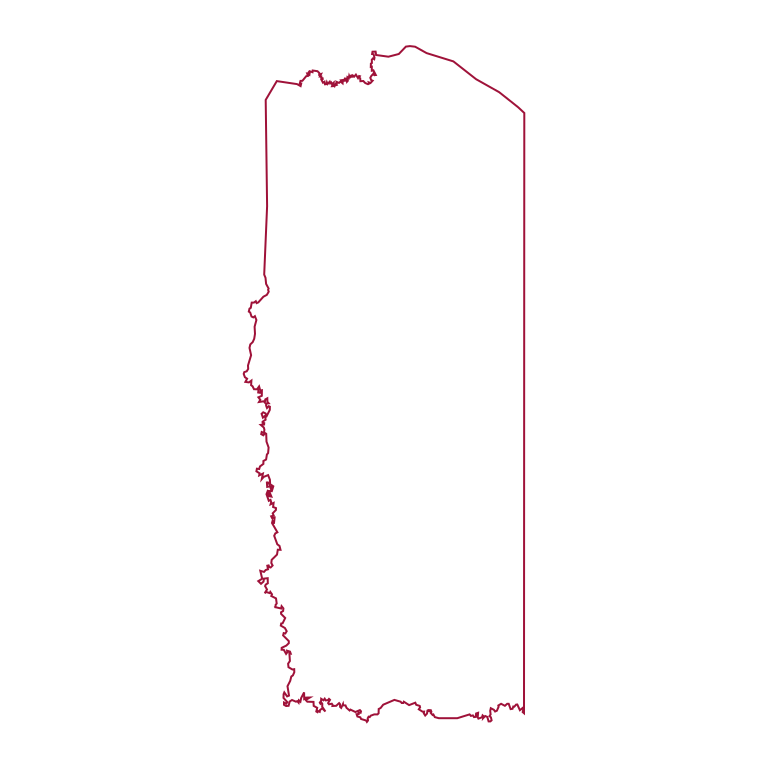 the district of Keerom, Papua, Indonesia
{"feature_id": "22746128B17774751253690", "entity_name": "Keerom", "entity_type": "district", "adm_level": 2, "iso_a3": "IDN", "parent_name": "Indonesia", "parent_adm1": "Papua", "projection": "equal_earth", "projection_center": [140.467, -3.327], "detail": "fine", "context": "isolated", "style": "outline", "palette": "rose", "viewbox_px": 768, "rotation_deg": 0, "n_neighbors": 0, "source": "geoboundaries", "source_scale": "gbopen_adm2", "svg_char_len": 5992}
<svg xmlns="http://www.w3.org/2000/svg" viewBox="0 0 768 768"><path d="M274.4,607.6L275.1,607.1L281.1,608.5L281.6,606.2L283.4,608.4L283.1,611.0L281.0,612.3L281.1,613.9L285.2,618.0L282.6,623.3L281.2,623.5L280.8,625.6L284.9,628.0L286.7,631.2L285.3,633.5L283.7,633.1L283.1,635.4L288.8,641.1L288.8,643.2L286.3,645.6L281.7,647.8L281.6,649.7L283.8,649.8L286.1,653.9L287.3,652.3L287.1,650.7L290.0,651.6L290.7,653.6L289.4,653.4L289.9,661.0L288.1,663.7L288.5,667.2L292.4,669.5L294.2,669.2L294.3,672.2L292.9,675.4L291.3,676.5L290.2,680.9L287.5,686.2L289.0,695.6L287.1,696.4L284.3,692.4L283.6,694.2L283.5,697.9L287.3,702.1L286.4,703.6L284.0,702.5L284.0,704.8L286.1,706.0L288.6,705.8L289.7,701.5L292.0,700.0L296.0,701.7L297.2,701.1L298.6,702.7L298.9,700.4L300.4,701.7L301.2,697.9L304.1,692.4L304.2,698.8L305.8,697.6L309.9,697.5L305.7,700.0L307.3,701.7L313.5,701.9L313.7,705.9L317.2,707.8L316.3,711.5L317.5,712.2L318.1,711.0L319.7,711.8L320.0,710.1L322.2,708.3L325.4,711.5L322.2,706.7L322.3,703.8L321.6,702.8L320.5,703.8L319.8,702.7L321.1,700.8L321.2,698.8L323.5,700.3L324.7,698.7L325.7,700.4L328.0,700.1L329.0,698.9L330.0,699.8L328.1,703.1L329.0,704.3L331.8,703.7L332.6,704.8L332.4,706.0L336.2,705.8L339.1,703.1L340.0,704.1L340.1,706.9L341.2,707.9L343.0,704.0L343.2,705.4L345.5,705.4L346.5,707.8L349.6,710.5L350.4,709.6L355.4,712.0L359.9,710.1L361.0,711.3L360.6,712.8L358.5,712.6L358.6,714.1L356.6,714.2L357.4,716.5L360.3,717.3L361.1,719.0L366.1,720.5L366.9,721.9L368.0,720.5L367.7,718.3L368.6,716.7L369.7,717.1L370.7,715.7L374.2,714.4L377.5,714.4L378.6,713.3L378.7,709.0L380.6,708.0L383.2,704.7L394.4,699.9L400.6,701.7L401.7,703.0L403.2,703.0L403.8,701.7L409.1,705.1L415.3,702.7L416.2,704.8L419.7,705.9L420.1,707.3L418.8,709.3L422.6,711.7L424.1,711.6L423.8,713.3L425.2,715.5L427.0,713.6L427.4,710.9L429.3,711.2L428.8,710.1L430.8,710.2L431.4,711.8L430.8,713.0L432.6,715.0L433.4,714.5L434.8,717.1L438.8,718.2L457.3,718.2L469.6,714.4L470.9,715.9L472.9,715.4L474.0,717.1L475.7,716.9L476.1,713.5L478.1,712.8L477.7,717.2L478.4,718.6L482.0,717.3L482.6,715.4L483.5,716.2L483.2,718.1L485.2,716.0L487.3,716.9L488.6,721.4L490.4,721.4L491.6,720.3L490.9,717.3L489.5,716.1L490.6,714.4L490.2,710.9L490.8,708.2L493.9,709.8L495.1,711.5L496.9,710.7L498.6,706.8L498.3,705.5L501.1,703.8L504.9,705.8L507.2,703.8L508.7,703.8L510.6,709.1L512.5,708.8L513.3,706.5L514.3,706.7L516.1,704.6L517.3,704.5L519.9,710.2L522.6,708.0L523.3,709.6L522.7,712.1L524.0,713.2L524.3,113.0L518.2,107.3L499.2,92.2L476.1,79.2L453.4,61.4L426.6,53.1L415.1,46.7L409.9,46.1L405.9,46.6L398.8,54.0L388.4,56.7L376.1,55.0L375.6,51.6L372.5,51.7L372.1,54.0L373.6,54.2L374.5,57.8L374.2,59.2L373.0,58.4L371.8,59.7L371.9,63.0L370.9,63.6L370.8,66.9L371.8,66.7L371.8,70.7L373.4,70.3L375.8,75.0L374.5,75.1L373.8,73.9L373.8,74.8L372.8,74.3L371.2,76.1L370.3,77.8L371.2,80.1L372.6,80.7L370.5,83.0L368.8,82.4L369.2,83.6L368.0,84.2L365.2,83.0L363.3,81.0L360.4,81.2L360.2,78.3L359.0,77.4L359.8,76.2L359.1,76.0L358.0,78.1L355.9,74.6L354.2,76.6L353.0,75.6L352.5,77.5L352.1,74.7L351.5,76.3L350.9,75.7L349.8,76.5L350.9,77.6L349.8,77.2L349.2,75.8L348.8,78.1L347.4,77.1L347.1,79.2L348.5,79.4L347.5,79.7L347.8,80.8L347.0,81.7L346.8,80.3L345.9,80.3L345.9,78.7L344.9,78.5L344.4,79.8L342.2,80.1L343.5,80.8L341.9,80.9L342.7,81.7L342.6,83.3L340.5,81.5L339.0,82.9L336.6,81.9L336.9,83.2L336.2,83.9L336.8,84.9L335.8,85.2L335.2,84.2L334.6,85.9L333.6,84.3L333.3,86.1L332.0,86.2L333.2,83.0L331.9,84.0L331.1,82.4L330.2,83.3L329.7,81.7L327.6,84.0L326.9,82.4L326.5,84.1L325.0,84.3L324.5,81.7L323.0,82.7L321.4,79.7L322.7,79.1L322.6,78.2L321.2,77.9L321.3,76.5L319.9,76.5L321.1,74.0L319.2,74.6L319.3,73.0L317.5,71.2L312.7,70.5L312.5,72.2L309.5,71.2L308.6,72.4L309.7,72.9L309.4,74.9L307.3,73.9L307.9,75.9L306.2,76.2L302.4,80.8L300.5,80.9L299.8,83.4L301.2,83.5L300.6,86.1L297.0,84.1L276.8,81.1L265.7,99.9L267.1,206.2L264.2,274.6L265.5,277.8L266.1,283.9L268.6,288.5L268.1,289.8L268.7,291.7L266.8,294.9L263.4,296.7L258.3,302.4L256.6,303.1L255.8,301.2L253.9,302.6L251.7,302.6L250.8,307.8L249.5,308.6L248.8,311.6L250.2,312.5L251.5,316.5L253.3,317.4L254.9,316.2L256.4,320.0L254.6,326.7L255.0,333.8L254.2,338.8L252.7,342.1L250.3,344.4L249.5,347.9L251.1,355.2L248.0,365.5L248.2,368.9L246.7,371.3L244.3,372.1L243.7,373.9L244.9,377.2L247.1,378.7L245.4,381.9L248.9,382.4L251.4,380.6L251.1,385.2L252.6,386.3L254.0,389.2L257.0,389.3L259.1,386.4L259.9,389.2L258.5,390.1L258.2,392.5L260.0,392.8L261.0,390.4L261.9,390.2L261.8,395.8L258.4,397.3L260.3,399.8L259.0,402.0L263.7,401.3L264.8,402.5L265.3,399.4L267.3,398.3L267.4,401.8L268.7,403.3L266.2,403.6L266.1,405.6L267.0,408.0L268.7,406.2L269.9,406.7L269.8,409.9L266.8,415.8L265.5,413.4L263.2,412.3L261.6,413.8L262.9,417.6L265.1,415.7L265.6,419.7L262.6,421.7L262.6,422.7L264.2,423.1L264.1,424.5L260.8,424.9L263.8,427.5L264.4,429.5L264.0,433.0L261.7,432.0L261.2,434.1L263.3,435.3L265.1,433.1L266.2,433.8L266.5,441.6L268.6,447.5L268.1,453.1L266.9,454.5L266.1,459.5L263.4,461.0L263.4,463.9L260.0,466.4L259.2,469.0L256.9,468.7L256.4,471.3L259.6,473.3L259.2,475.4L262.9,473.6L261.8,479.1L263.7,476.9L268.1,475.1L269.9,479.7L270.1,483.6L269.5,484.4L267.9,482.4L266.9,482.5L267.2,486.9L270.0,486.3L271.3,490.0L272.0,489.2L271.5,485.1L273.3,486.3L271.8,491.2L269.1,491.0L271.4,496.6L269.2,496.2L267.4,491.8L266.5,494.2L268.8,500.8L270.5,499.9L271.2,502.1L270.6,504.3L273.6,502.9L273.1,507.0L276.0,508.1L275.9,510.0L272.7,513.3L273.7,515.6L271.2,516.3L272.1,518.1L274.6,517.6L274.0,523.0L273.2,523.2L272.5,521.1L272.0,523.0L277.4,532.3L275.3,533.4L274.2,535.8L277.3,544.3L279.5,545.9L280.5,549.8L277.8,549.7L277.0,554.6L271.7,559.8L271.3,563.0L272.6,565.5L270.6,567.5L269.4,567.2L268.6,565.4L267.3,565.7L268.0,569.3L265.7,570.0L264.0,571.9L260.3,570.8L262.2,578.7L258.3,581.1L261.0,583.8L263.5,581.6L264.0,578.6L267.7,578.2L267.8,583.3L265.7,584.6L265.1,586.1L267.0,589.5L264.7,593.2L266.3,592.0L269.7,593.1L270.3,591.9L272.0,594.3L271.3,596.0L276.0,598.4L276.7,603.5L275.6,604.9L275.5,607.0L275.1,607.0L274.4,607.6Z" fill="none" stroke="#9f1239" stroke-width="2"/></svg>